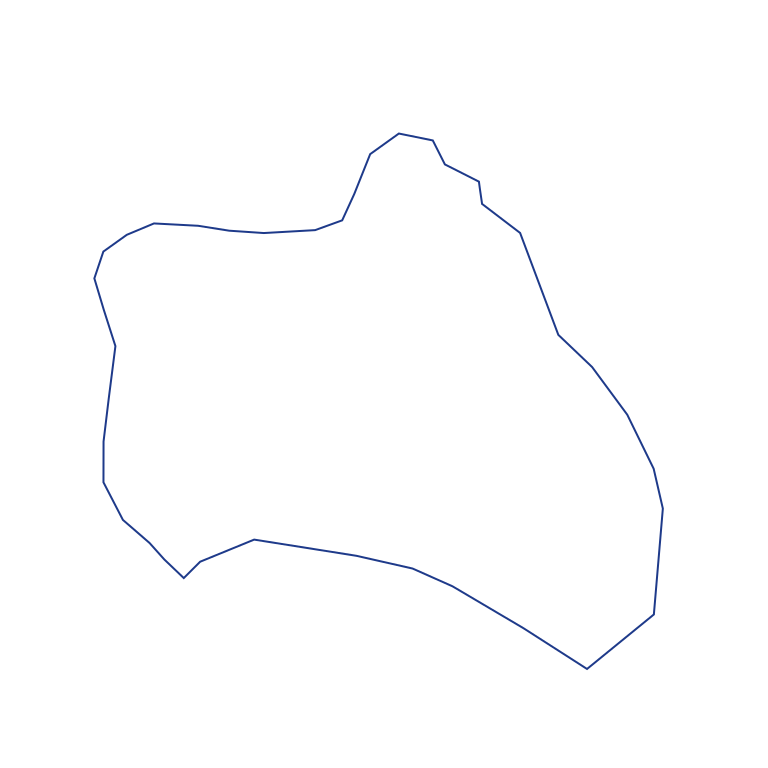 Avgolida, Cyprus (Natural Earth projection), rotated 99°
{"feature_id": "46923920B2873986073585", "entity_name": "Avgolida", "entity_type": "district", "adm_level": 2, "iso_a3": "CYP", "parent_name": "Cyprus", "parent_adm1": "", "projection": "natural_earth1", "projection_center": [33.958, 35.353], "detail": "fine", "context": "isolated", "style": "outline", "palette": "blue", "viewbox_px": 768, "rotation_deg": 99, "n_neighbors": 0, "source": "geoboundaries", "source_scale": "gbopen_adm2", "svg_char_len": 666}
<svg xmlns="http://www.w3.org/2000/svg" viewBox="0 0 768 768"><g transform="rotate(99 384 384)"><path d="M569.4,81.4L463.4,89.1L425.5,104.4L376.3,138.9L334.7,181.1L308.2,219.5L213.5,273.2L190.8,315.3L176.0,319.9L169.3,321.9L157.6,358.2L135.8,373.9L134.3,408.5L159.1,433.6L201.0,443.1L228.9,450.9L242.8,476.1L253.7,526.3L256.8,560.9L256.8,592.3L261.4,636.3L276.9,661.4L297.1,681.9L325.0,686.6L354.5,672.4L388.6,655.2L441.3,653.6L484.7,652.0L525.0,645.7L559.1,620.6L577.7,590.7L591.7,573.5L607.0,551.4L588.3,537.8L558.0,487.9L558.0,422.7L558.0,384.4L561.8,326.9L573.1,284.7L603.4,208.0L633.7,138.9L569.4,81.4Z" fill="none" stroke="#1e3a8a" stroke-width="2"/></g></svg>